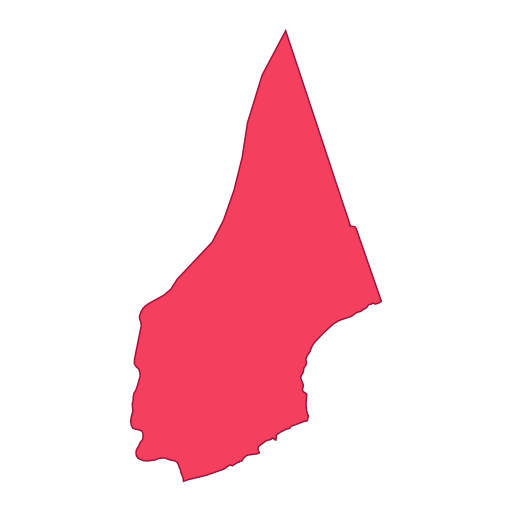 an SVG outline of Al Mahrah
{"feature_id": "YEM-332", "entity_name": "Al Mahrah", "entity_type": "Governorate", "adm_level": 1, "iso_a3": "YEM", "parent_name": "Yemen", "parent_adm1": "", "projection": "equal_earth", "projection_center": [51.606, 17.039], "detail": "fine", "context": "isolated", "style": "filled", "palette": "rose", "viewbox_px": 512, "rotation_deg": 0, "n_neighbors": 0, "source": "natural_earth", "source_scale": "10m", "svg_char_len": 2594}
<svg xmlns="http://www.w3.org/2000/svg" viewBox="0 0 512 512"><path d="M285.7,30.7L288.1,38.1L291.8,49.2L295.5,60.4L299.2,71.5L302.9,82.7L306.6,93.8L310.3,105.0L314.0,116.1L317.7,127.3L321.4,138.5L325.1,149.7L328.8,160.8L332.5,172.0L336.2,183.2L339.9,194.4L343.6,205.6L347.4,216.8L350.1,225.1L349.9,225.1L349.5,225.2L349.4,225.3L350.6,226.3L353.9,226.5L355.4,227.2L356.3,228.8L359.6,238.5L365.1,254.3L370.5,270.0L376.0,285.7L381.4,301.4L379.6,302.6L375.5,304.1L372.3,303.0L371.3,304.2L370.3,304.4L369.3,304.5L368.4,305.1L366.8,307.3L365.8,308.3L363.7,309.2L360.7,311.4L357.1,312.3L355.4,313.3L352.2,315.8L350.9,316.5L338.8,320.6L333.2,324.1L323.5,332.9L314.7,342.2L312.5,345.4L311.4,347.7L309.8,351.8L307.0,356.1L306.4,357.4L306.0,358.8L306.0,360.0L306.2,361.4L306.5,362.5L306.6,362.9L306.0,365.0L304.0,367.9L303.1,372.7L301.1,375.8L300.7,378.0L301.4,380.2L302.6,382.8L303.4,385.5L302.4,390.3L303.8,392.0L306.6,393.9L306.7,395.7L306.0,404.0L306.4,409.0L307.3,414.0L307.9,414.7L308.3,415.3L308.4,416.0L308.4,416.7L307.9,417.7L307.8,418.3L307.7,419.3L307.5,420.1L307.0,420.8L306.4,421.1L304.5,421.3L291.3,426.2L290.6,427.0L290.0,427.8L289.5,428.4L288.7,428.7L287.4,428.8L286.5,429.1L279.7,432.5L276.3,435.3L276.4,437.9L276.3,438.4L276.1,438.6L275.9,438.6L275.9,440.0L275.6,440.1L275.1,439.8L274.6,439.5L273.9,439.0L273.3,438.3L272.4,438.0L271.4,439.1L270.7,439.5L266.3,440.7L259.5,445.6L258.4,447.0L258.0,448.7L258.4,450.9L259.2,452.2L259.2,453.0L257.4,453.8L248.2,455.0L246.5,455.7L245.1,456.7L243.8,457.9L241.7,461.1L239.9,461.2L239.3,461.6L239.0,462.3L238.0,462.3L233.7,464.9L232.4,465.8L230.2,464.9L227.8,466.2L225.5,468.1L223.8,469.1L206.6,475.2L187.6,479.8L183.6,481.3L183.3,480.5L183.2,478.4L182.5,476.7L181.9,474.6L180.9,472.6L180.3,469.6L179.3,467.4L178.6,465.1L177.0,462.2L175.0,460.9L170.3,460.0L164.5,457.9L158.7,458.4L156.7,459.4L154.5,460.1L147.8,460.9L143.4,460.7L138.0,458.3L136.7,456.3L136.1,454.4L136.1,452.2L136.3,450.2L137.3,448.2L138.7,446.0L140.3,442.3L141.7,440.8L142.7,439.1L143.1,434.4L142.5,432.1L141.7,431.0L138.1,429.6L135.6,429.3L132.9,428.2L131.4,425.6L130.6,421.6L131.3,416.9L132.0,414.0L132.8,411.6L132.8,409.4L132.4,406.6L132.3,403.5L133.2,400.2L133.2,397.3L133.9,393.2L135.4,391.1L136.8,387.8L140.2,375.9L139.7,371.9L138.7,368.8L136.8,367.4L135.6,365.8L134.3,363.5L134.5,359.2L141.3,325.5L140.6,321.3L139.6,318.8L139.5,316.2L141.0,311.7L142.8,308.7L144.9,306.4L148.6,303.6L163.7,295.3L170.8,289.3L177.4,279.0L212.2,242.1L223.4,220.6L234.0,190.2L242.2,157.3L247.5,122.7L262.2,75.0L285.7,30.7L285.7,30.7Z" fill="#f43f5e" stroke="#9f1239" stroke-width="1.5"/></svg>